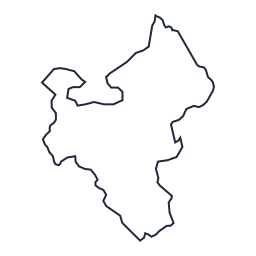 outline of Heves, rotated 270°
{"feature_id": "HUN-3174", "entity_name": "Heves", "entity_type": "County", "adm_level": 1, "iso_a3": "HUN", "parent_name": "Hungary", "parent_adm1": "", "projection": "robinson", "projection_center": [20.209, 47.788], "detail": "fine", "context": "isolated", "style": "outline", "palette": "slate", "viewbox_px": 256, "rotation_deg": 270, "n_neighbors": 0, "source": "natural_earth", "source_scale": "10m", "svg_char_len": 1621}
<svg xmlns="http://www.w3.org/2000/svg" viewBox="0 0 256 256"><g transform="rotate(270 128 128)"><path d="M240.6,155.5L239.5,157.2L238.6,159.5L236.1,162.5L230.5,164.4L228.5,166.0L229.7,168.8L229.0,170.3L228.4,171.3L227.5,171.9L225.8,172.2L225.8,173.6L224.7,177.8L191.3,197.0L189.6,198.9L188.6,203.9L186.0,205.9L179.2,207.9L178.2,208.8L175.8,211.5L174.0,212.7L169.4,214.0L165.2,212.9L154.4,206.8L151.0,203.2L148.9,199.0L150.1,193.7L146.9,186.3L139.7,183.0L136.1,178.8L134.1,172.7L131.5,171.0L113.6,175.2L115.4,178.5L118.3,180.3L109.0,182.4L99.0,176.6L95.8,167.6L94.4,158.0L87.1,155.9L78.0,158.4L73.7,157.4L70.4,159.9L60.1,171.9L57.7,171.5L53.5,168.7L43.2,169.6L33.0,173.6L30.3,170.6L30.1,166.6L24.9,159.2L21.3,155.8L19.3,151.4L21.6,148.3L22.7,145.2L20.4,144.7L18.1,143.8L15.4,140.1L33.2,122.2L40.3,120.2L49.8,106.4L55.1,103.3L61.2,106.2L66.0,103.4L67.9,99.2L70.6,95.5L73.8,95.4L76.3,97.6L81.5,94.8L86.4,90.6L87.0,85.2L89.5,79.2L94.1,75.7L99.8,75.2L98.5,67.4L94.4,61.0L92.1,60.1L90.8,58.7L91.8,55.5L94.3,54.1L99.8,52.9L103.9,49.3L109.2,47.2L110.7,45.5L112.6,44.5L116.8,42.9L121.3,46.1L124.9,49.9L128.0,49.6L130.6,50.4L133.1,53.8L136.2,55.9L142.8,55.9L148.2,51.8L155.0,51.5L161.4,55.4L173.4,42.0L183.6,51.0L186.9,53.9L187.8,59.4L187.2,64.9L184.8,74.3L176.4,81.7L174.1,85.2L168.9,79.8L168.9,73.1L167.1,68.6L158.2,67.1L155.2,75.3L150.4,77.6L151.6,85.1L154.0,94.1L151.7,103.8L151.7,113.5L155.8,122.5L164.2,122.5L168.4,118.0L168.4,111.3L172.5,107.6L179.1,106.1L180.7,108.2L182.1,109.1L194.2,127.1L203.0,135.8L205.5,143.1L209.4,148.7L230.2,152.2L234.5,154.6L240.6,155.5Z" fill="none" stroke="#1e293b" stroke-width="2"/></g></svg>